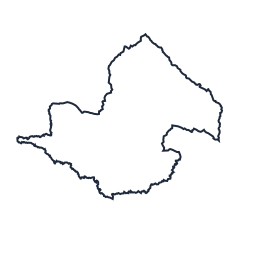 the district of Mae Wang, Chiang Mai, Thailand, rotated 131°
{"feature_id": "78962969B90127177876527", "entity_name": "Mae Wang", "entity_type": "district", "adm_level": 2, "iso_a3": "THA", "parent_name": "Thailand", "parent_adm1": "Chiang Mai", "projection": "equal_earth", "projection_center": [98.727, 18.674], "detail": "fine", "context": "isolated", "style": "outline", "palette": "slate", "viewbox_px": 256, "rotation_deg": 131, "n_neighbors": 0, "source": "geoboundaries", "source_scale": "gbopen_adm2", "svg_char_len": 5835}
<svg xmlns="http://www.w3.org/2000/svg" viewBox="0 0 256 256"><g transform="rotate(131 128 128)"><path d="M106.4,172.3L106.5,169.1L108.7,166.8L109.4,165.0L111.4,165.1L112.4,164.0L116.0,166.3L118.9,166.2L120.7,165.5L122.6,163.1L124.2,164.5L125.0,164.5L126.4,161.9L127.6,161.6L128.7,161.8L130.4,159.4L132.3,160.2L133.3,160.0L134.3,160.8L136.5,159.1L137.7,160.1L139.7,163.1L140.5,165.1L141.6,166.7L141.9,168.0L144.1,171.5L144.5,171.9L146.3,172.2L146.7,172.8L146.1,175.7L146.0,177.4L145.6,178.6L145.3,182.2L146.0,185.6L147.0,188.3L148.3,190.8L152.2,193.3L154.0,195.6L154.8,195.7L158.6,200.7L159.9,201.2L161.0,200.7L163.0,201.1L164.2,199.8L165.3,199.6L166.1,199.9L166.7,199.2L167.2,199.1L167.6,197.9L168.4,197.2L168.6,196.7L169.0,196.7L169.6,194.6L172.3,192.5L173.0,191.5L173.0,191.0L173.5,191.0L174.5,189.3L174.7,189.5L175.8,189.1L175.9,188.2L176.2,188.4L177.0,187.2L177.7,187.0L178.1,186.5L180.7,185.4L181.7,183.9L181.8,182.6L182.8,182.5L183.4,181.4L184.0,181.2L184.6,181.7L185.3,183.4L185.7,183.8L185.9,185.7L186.5,186.2L187.4,186.3L188.2,187.3L188.9,187.4L189.2,186.8L189.6,187.7L191.2,187.8L191.9,188.4L192.5,188.3L192.8,188.8L192.6,189.8L193.1,190.5L193.9,190.9L194.1,191.9L194.9,192.3L195.5,193.2L196.1,193.1L196.8,193.8L196.8,194.7L198.0,195.8L199.3,196.4L200.4,196.0L202.2,196.2L202.3,197.1L201.7,197.3L201.6,197.7L202.3,198.7L204.4,200.0L204.2,201.2L204.9,202.7L205.7,203.5L205.8,204.4L206.4,204.1L207.2,204.7L207.8,204.3L208.3,204.8L210.4,202.7L210.5,200.9L210.0,200.6L209.7,198.6L208.8,198.5L208.1,198.8L207.7,197.9L207.2,197.7L207.2,197.2L206.7,197.1L206.4,195.7L205.6,195.2L205.4,194.2L204.8,193.9L202.8,191.4L202.7,189.9L202.3,188.9L202.9,186.9L202.5,186.6L201.9,186.8L202.4,185.8L201.9,185.1L201.6,184.0L201.7,183.4L201.0,182.9L201.0,182.0L199.7,180.7L199.2,179.1L199.1,177.3L198.4,177.0L199.4,175.0L200.6,174.6L200.8,174.3L200.8,172.6L200.2,170.7L200.5,169.8L200.0,168.8L201.0,168.2L200.8,166.8L201.5,165.0L201.7,162.4L201.5,162.1L202.3,161.3L202.3,160.8L202.8,160.4L202.7,159.9L199.7,160.4L199.8,159.4L199.1,158.9L197.8,156.6L198.0,156.2L198.5,156.1L198.5,155.5L197.2,154.8L197.3,154.2L197.8,154.2L198.0,153.5L196.6,153.0L195.8,153.2L194.4,151.9L193.9,151.0L193.8,149.2L193.0,149.1L192.5,147.5L193.1,147.3L193.4,146.4L194.3,146.3L195.4,145.4L195.1,144.0L195.6,143.2L194.8,142.5L195.2,141.2L194.8,139.9L195.2,139.5L195.1,138.4L194.5,138.0L194.6,136.7L194.9,136.0L195.5,135.8L195.5,134.7L196.6,133.6L197.2,131.1L196.8,130.9L196.9,130.5L195.8,130.7L195.2,130.2L195.0,129.1L194.7,128.6L194.4,128.9L193.9,128.6L193.3,129.1L192.8,128.9L192.6,127.9L192.8,126.8L191.7,124.9L191.0,124.8L190.4,123.4L188.3,122.2L187.6,121.3L188.4,120.4L189.4,119.9L190.2,117.7L190.0,116.4L188.7,117.3L188.3,117.2L188.0,116.4L188.4,115.1L190.1,113.5L192.0,113.4L192.3,112.1L193.1,111.6L193.5,110.7L193.5,110.2L192.5,109.2L192.6,108.3L193.0,108.1L194.3,108.6L195.4,106.9L195.3,105.5L194.3,105.1L194.3,102.4L195.1,101.5L194.6,100.5L194.7,99.5L193.3,98.6L193.3,97.6L192.3,95.9L191.6,93.0L189.9,94.1L189.0,95.3L188.7,96.4L188.3,96.6L187.5,96.1L186.8,94.3L185.0,93.7L184.6,92.9L183.4,92.6L182.9,90.5L181.6,89.8L180.2,88.4L178.7,89.0L178.6,86.8L177.7,86.1L176.9,84.9L175.7,85.8L175.2,85.7L174.7,84.5L174.9,83.7L174.7,83.5L173.8,84.3L173.7,82.3L172.2,80.8L171.8,79.5L170.2,78.8L168.9,78.8L168.6,75.5L167.1,76.0L166.3,75.7L165.9,74.8L164.9,74.8L164.8,73.5L165.4,72.6L165.3,71.7L164.0,71.3L163.2,71.7L162.4,71.2L161.3,72.1L160.6,71.7L159.7,72.1L158.7,71.8L156.8,73.1L155.2,73.4L155.0,72.6L154.6,72.7L153.8,71.6L151.9,71.0L151.7,69.3L150.6,68.3L148.9,68.6L147.3,67.4L146.2,67.1L145.6,67.4L145.0,66.3L143.8,66.9L143.5,65.5L142.3,63.7L140.2,64.3L138.5,62.8L137.6,63.2L136.9,64.2L137.0,65.0L136.6,65.3L136.1,64.5L134.8,65.1L133.4,64.7L133.1,65.3L131.5,64.7L131.6,65.4L130.7,66.7L130.8,67.2L127.9,67.2L128.1,68.1L127.6,68.6L127.0,68.1L125.9,68.1L124.9,68.3L124.8,68.8L124.4,68.9L124.1,68.7L124.0,67.7L122.6,67.6L121.9,68.8L121.9,69.9L121.3,70.5L119.4,68.7L118.3,68.9L117.8,68.1L115.4,69.3L114.3,70.7L112.7,73.9L114.0,75.3L115.2,79.9L116.1,82.2L116.7,82.7L118.7,83.0L122.0,86.5L120.7,86.7L119.1,87.9L118.2,90.7L117.4,92.2L115.1,92.0L113.9,93.5L110.8,95.6L108.0,94.4L107.4,94.5L106.3,95.4L103.1,95.5L102.0,95.0L100.4,95.1L99.2,94.5L97.0,96.3L93.9,91.3L92.6,87.6L92.4,85.4L91.2,85.0L90.9,82.4L89.8,81.1L89.3,77.4L88.7,77.1L87.6,78.0L86.4,77.5L85.2,77.8L84.4,75.2L84.2,72.8L83.3,70.8L82.5,70.2L79.5,69.5L80.0,68.0L80.1,66.3L79.3,64.1L78.6,58.3L79.1,56.9L79.8,56.7L79.7,55.3L79.4,54.4L77.9,52.9L77.9,51.2L76.8,52.5L75.7,53.0L75.0,54.6L71.8,55.6L70.9,56.2L69.7,57.5L69.5,58.6L68.8,59.4L66.5,59.8L65.7,60.7L64.6,61.2L64.1,61.9L63.9,63.4L63.0,64.5L60.5,65.3L59.6,66.1L58.5,66.0L56.2,68.3L55.1,67.7L53.1,68.5L52.7,69.9L51.7,70.1L50.9,70.8L50.7,72.3L50.3,72.4L49.8,74.2L49.8,76.0L50.8,78.6L50.2,79.7L50.9,80.3L51.0,81.7L48.3,86.4L48.2,87.5L46.5,89.5L46.6,91.4L46.0,92.8L46.6,93.1L48.5,92.9L48.4,95.4L50.0,100.8L49.7,101.2L48.2,101.2L47.8,102.5L48.2,103.2L49.8,103.8L50.6,104.9L50.3,106.1L50.6,106.9L50.2,107.7L50.4,108.6L51.0,110.0L50.7,114.5L51.9,116.5L51.5,117.6L50.7,118.3L50.4,119.1L51.0,121.6L51.1,123.2L50.6,125.9L49.7,126.7L50.2,129.8L49.3,131.6L49.8,133.8L51.4,135.5L51.5,136.2L51.4,136.9L50.0,138.5L49.5,141.3L47.8,143.3L48.3,144.8L48.1,146.0L48.3,146.9L47.7,150.4L47.8,151.6L47.3,151.9L46.7,153.4L46.2,153.6L45.5,155.7L46.5,157.0L47.1,158.9L46.8,159.8L47.0,161.0L46.6,162.3L47.2,163.3L47.4,166.0L46.9,167.6L47.1,168.5L46.1,171.1L45.9,172.6L46.4,173.5L45.8,176.3L47.6,176.6L50.5,177.9L51.8,177.3L53.8,175.5L56.7,176.5L59.3,176.9L60.6,176.7L61.5,177.8L63.7,178.2L64.0,179.9L66.7,179.1L67.6,179.4L68.0,183.3L68.7,184.0L73.3,181.6L76.4,182.7L77.0,182.6L78.0,181.9L78.7,183.2L81.3,183.0L83.4,183.8L86.3,183.1L88.7,183.7L92.4,182.9L93.7,183.1L96.2,181.6L97.1,179.6L99.1,177.8L99.5,176.2L101.5,175.7L106.4,172.3Z" fill="none" stroke="#1e293b" stroke-width="2"/></g></svg>